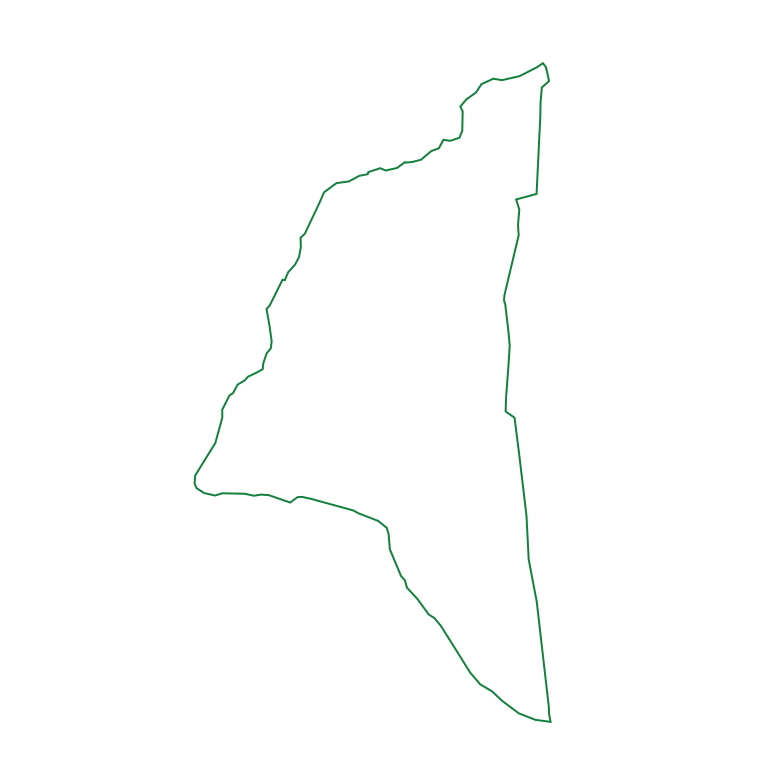 the district of Yigo, Guam, rotated 183°
{"feature_id": "77769853B33377803133936", "entity_name": "Yigo", "entity_type": "district", "adm_level": 2, "iso_a3": "GUM", "parent_name": "Guam", "parent_adm1": "", "projection": "albers", "projection_center": [144.906, 13.57], "detail": "fine", "context": "isolated", "style": "outline", "palette": "green", "viewbox_px": 768, "rotation_deg": 183, "n_neighbors": 0, "source": "geoboundaries", "source_scale": "gbopen_adm2", "svg_char_len": 1742}
<svg xmlns="http://www.w3.org/2000/svg" viewBox="0 0 768 768"><g transform="rotate(183 384 384)"><path d="M241.9,659.5L242.4,673.0L241.9,688.4L235.0,695.2L238.8,708.8L242.1,712.7L245.0,710.5L247.7,708.4L264.8,698.5L282.1,693.6L290.9,694.6L294.2,692.8L302.4,688.5L307.4,679.9L316.7,672.5L322.3,665.0L319.7,660.4L319.1,640.8L321.6,633.8L330.7,630.3L337.4,631.0L341.6,622.2L349.0,619.1L355.7,612.8L358.6,610.0L367.0,607.3L373.8,606.2L374.1,606.4L374.6,606.7L375.4,606.0L375.7,605.8L382.3,600.4L393.5,597.3L399.0,599.3L410.8,594.8L411.2,592.7L419.6,590.6L421.7,589.3L429.8,584.4L437.3,583.0L442.0,582.1L453.2,572.9L454.0,572.1L457.7,562.1L471.0,529.8L475.0,525.7L474.2,516.6L475.5,506.4L479.0,498.6L485.5,490.7L488.5,482.5L490.8,482.8L496.0,470.8L502.2,456.5L505.2,452.7L501.4,436.2L498.4,420.6L498.9,413.7L502.7,408.7L505.7,398.1L505.9,392.5L510.8,389.3L520.2,384.2L523.4,380.2L530.1,375.8L531.4,373.1L534.3,367.0L537.8,364.4L544.2,349.8L543.7,342.1L549.3,316.4L567.7,282.8L568.0,274.8L565.7,270.1L557.7,265.6L546.8,263.8L539.9,266.4L517.5,267.1L508.0,265.6L501.2,267.1L493.3,267.0L471.5,260.7L464.4,266.5L460.0,267.0L450.9,265.5L408.1,256.1L402.0,253.3L382.5,246.9L381.2,245.9L373.7,240.5L371.5,234.1L369.5,219.2L356.8,192.9L352.8,189.0L350.4,181.8L339.5,171.2L335.6,166.4L327.3,156.2L321.6,153.0L314.6,145.5L297.6,121.4L282.9,100.4L272.2,89.1L260.0,82.7L249.3,73.7L232.2,62.2L215.5,56.6L200.0,55.3L201.9,63.2L202.5,70.2L220.1,174.7L230.3,216.2L234.8,259.8L245.7,323.0L251.9,357.2L261.1,362.9L261.4,377.0L260.7,407.9L260.5,425.4L260.5,429.2L262.4,442.5L266.6,466.9L266.8,468.8L268.5,473.9L268.4,478.9L264.0,503.1L257.3,539.5L258.5,549.8L258.0,565.2L261.7,575.2L241.6,581.8L241.9,659.5Z" fill="none" stroke="#15803d" stroke-width="2"/></g></svg>